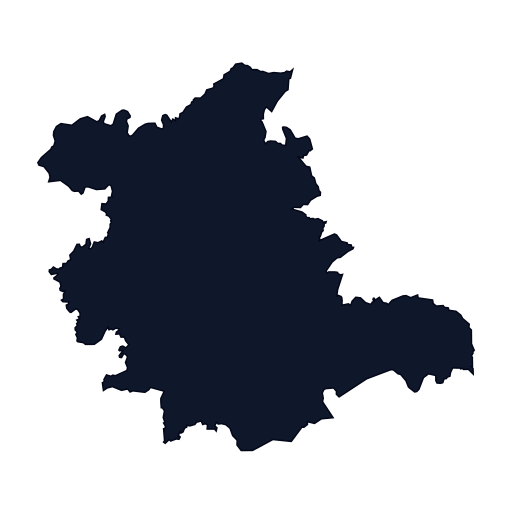 Jalostotitlán, Jalisco, Mexico (Albers equal-area conic projection), rotated 355°
{"feature_id": "50627088B48437195320512", "entity_name": "Jalostotitlán", "entity_type": "district", "adm_level": 2, "iso_a3": "MEX", "parent_name": "Mexico", "parent_adm1": "Jalisco", "projection": "albers", "projection_center": [-102.485, 21.201], "detail": "fine", "context": "isolated", "style": "filled", "palette": "ink", "viewbox_px": 512, "rotation_deg": 355, "n_neighbors": 0, "source": "geoboundaries", "source_scale": "gbopen_adm2", "svg_char_len": 6030}
<svg xmlns="http://www.w3.org/2000/svg" viewBox="0 0 512 512"><g transform="rotate(355 256 256)"><path d="M462.1,392.6L462.4,387.0L460.8,385.0L462.0,385.1L462.7,375.8L461.9,374.1L463.6,372.0L463.8,370.1L465.2,369.0L463.0,362.3L464.1,348.5L461.8,345.7L462.5,342.5L456.4,336.3L454.9,332.8L450.4,328.5L443.5,326.9L443.0,324.4L439.3,323.6L438.1,321.7L431.3,321.6L428.4,318.8L428.1,315.2L413.9,311.9L413.6,308.9L406.5,311.0L402.0,308.5L398.8,308.6L387.7,312.0L383.6,315.9L381.9,314.4L378.6,313.6L375.3,307.9L370.8,310.3L370.1,308.4L369.3,308.3L368.7,309.5L369.5,311.7L367.8,312.1L366.6,313.9L365.1,313.8L361.1,312.0L356.5,306.8L351.8,305.8L347.8,309.4L346.0,313.5L343.9,311.7L337.3,312.5L338.0,307.2L337.3,306.5L338.0,305.5L337.3,303.8L334.3,302.3L333.0,302.7L334.5,296.3L340.6,281.9L338.8,282.2L336.3,280.9L335.8,279.4L333.4,278.8L326.9,278.2L325.3,279.0L324.3,277.3L331.3,268.7L336.6,264.9L339.9,264.7L348.1,259.4L353.2,257.3L353.9,255.9L352.3,255.8L351.7,253.2L348.5,252.7L347.9,250.8L342.4,249.0L338.1,242.0L336.1,240.9L319.5,246.5L321.1,245.4L320.6,242.3L321.7,242.3L323.5,237.9L325.1,236.6L325.0,234.0L326.4,232.3L326.8,229.2L328.3,229.3L328.9,227.9L325.6,228.2L325.3,226.8L320.9,224.1L317.7,224.6L316.3,223.6L312.3,223.5L312.3,222.4L310.1,222.2L309.1,220.6L309.3,219.4L305.7,216.2L295.6,212.3L298.4,210.8L304.5,211.6L307.6,208.7L311.9,209.3L315.2,205.2L321.9,201.8L325.3,201.2L325.8,198.1L324.4,196.3L324.0,192.4L321.9,189.2L320.9,183.3L318.4,181.0L317.3,172.1L313.7,171.0L306.9,161.3L311.3,162.5L312.3,159.9L315.1,159.9L318.0,155.7L319.1,155.9L321.5,154.3L319.7,144.2L317.3,141.0L308.4,142.9L305.3,142.1L301.1,133.3L297.6,130.5L294.4,129.8L293.7,130.1L293.7,132.1L296.6,141.5L295.2,148.4L291.9,147.9L290.0,145.9L287.5,145.8L285.4,143.5L280.4,142.7L277.7,143.0L275.2,145.2L273.7,141.2L275.3,138.7L276.8,132.8L273.7,122.9L272.9,122.7L272.7,120.1L275.3,119.9L275.7,115.1L277.2,110.8L279.4,108.4L284.2,113.5L290.7,103.6L299.4,94.6L302.4,93.1L304.1,82.4L305.8,81.9L308.8,73.4L306.0,75.5L302.6,74.5L300.4,75.8L296.4,76.0L289.6,74.8L284.4,75.3L278.9,72.7L276.6,72.7L273.3,70.4L268.2,70.0L266.6,67.4L264.2,65.6L261.4,65.1L258.7,62.6L252.4,63.1L249.6,66.4L247.5,67.3L246.4,69.7L240.0,72.7L239.0,76.6L228.9,81.0L229.1,82.8L228.0,84.9L221.4,86.2L219.2,90.3L214.5,93.9L209.2,93.3L207.2,95.0L206.9,96.7L205.3,97.0L204.4,99.5L199.7,101.5L195.7,106.6L192.7,107.7L191.7,111.9L190.2,112.3L187.9,111.3L187.6,114.3L185.1,112.3L183.3,115.1L179.4,107.9L177.9,107.2L175.4,108.0L173.8,112.4L175.3,117.1L175.0,120.3L173.5,121.4L168.4,119.0L166.9,114.9L160.3,114.5L157.1,115.0L150.1,118.4L143.5,124.9L141.7,125.7L140.0,125.1L138.4,122.0L140.0,115.3L138.6,110.4L139.5,108.1L142.5,107.0L142.9,105.4L140.6,100.9L137.2,99.1L135.3,99.1L129.2,102.5L125.2,112.2L122.8,113.6L116.1,110.9L115.6,108.7L117.9,103.9L117.6,101.7L114.4,103.0L111.6,107.5L109.1,108.4L100.3,102.5L92.9,104.0L84.0,109.7L73.2,107.1L68.5,109.6L65.4,114.4L64.7,118.1L66.0,124.0L64.1,128.8L62.2,129.5L60.8,131.9L50.8,139.2L46.8,144.0L47.7,146.6L52.5,148.4L57.2,155.6L57.7,159.8L55.9,164.0L67.8,163.6L75.6,170.3L78.6,174.7L80.5,175.7L85.0,175.9L87.3,179.2L89.1,178.2L91.8,172.3L95.1,172.6L102.9,175.9L111.2,176.0L115.7,172.0L117.8,173.5L118.7,179.1L117.4,183.1L118.0,184.7L114.1,184.7L113.6,188.4L111.2,191.1L107.1,190.4L105.8,196.3L109.9,199.0L110.9,201.1L110.4,202.2L112.8,203.4L115.1,206.7L114.3,208.1L114.8,210.3L113.5,211.5L113.2,214.8L110.2,220.0L110.9,220.8L109.5,224.5L107.5,224.3L104.9,229.0L103.7,227.5L99.8,229.0L96.1,227.9L93.5,233.3L91.4,234.5L90.0,233.7L92.3,229.5L91.3,224.1L88.7,224.7L87.6,229.5L83.8,232.0L81.9,231.6L81.0,228.9L78.7,228.8L74.8,235.3L70.6,238.9L71.1,243.5L68.2,244.6L66.6,246.9L63.1,246.7L62.3,250.4L59.5,251.0L59.2,251.9L56.1,251.5L53.2,249.3L50.9,251.5L49.0,251.8L48.6,253.5L50.5,256.6L56.2,255.9L57.0,256.5L55.9,258.2L52.8,260.1L52.7,261.2L58.4,264.9L59.1,268.9L57.7,271.4L58.0,273.2L60.6,274.5L62.9,274.2L60.8,277.4L60.5,282.0L58.3,283.0L59.6,284.7L65.8,285.6L64.8,287.6L62.7,288.4L62.9,291.6L65.5,295.5L66.8,296.1L71.6,293.1L73.4,293.4L75.7,297.3L75.6,300.6L73.6,301.0L74.7,303.2L71.8,304.2L73.2,306.3L71.4,307.7L72.0,309.6L69.5,311.8L69.5,314.0L71.4,316.1L69.7,318.5L71.0,322.0L70.2,325.0L71.0,325.9L76.5,327.3L78.4,329.2L87.2,329.9L94.8,325.4L99.2,317.6L102.4,314.0L103.1,316.7L105.3,316.0L107.0,317.1L110.0,315.7L113.3,316.6L113.0,317.9L110.2,319.7L109.6,321.7L113.3,321.7L114.4,325.0L117.8,325.4L118.8,329.1L121.6,333.3L118.4,336.2L115.4,334.1L113.0,334.6L111.2,337.7L111.7,338.5L115.3,338.6L111.0,343.3L111.3,345.0L113.2,345.5L115.6,342.0L117.3,342.3L119.3,345.2L116.7,350.7L118.3,355.9L117.4,358.8L105.6,363.0L102.8,362.2L101.1,363.2L96.7,361.4L93.8,365.7L93.8,368.0L91.9,368.9L92.3,376.7L96.2,374.5L101.6,373.6L110.3,378.1L116.6,377.3L118.7,380.5L121.6,379.6L133.4,382.1L137.4,380.0L139.4,377.7L152.8,382.7L148.8,389.6L148.5,393.4L148.4,398.9L149.6,399.1L151.3,402.3L149.5,408.8L150.7,413.7L149.4,414.3L151.0,417.8L150.1,420.0L148.9,420.0L148.8,432.2L147.7,433.3L149.2,434.7L153.4,431.4L154.9,432.9L160.6,431.3L163.3,431.9L164.7,429.7L164.3,429.1L163.4,429.9L162.9,428.8L164.1,425.8L165.4,424.2L165.8,425.9L168.0,424.9L169.8,421.3L172.1,420.4L172.3,418.6L175.3,419.5L180.4,418.5L182.3,416.4L187.1,415.6L188.2,419.2L191.1,418.7L193.0,420.1L192.2,424.1L199.6,424.8L201.1,426.9L202.1,423.7L200.1,421.6L202.0,418.3L203.7,420.1L207.1,420.0L211.2,421.4L215.1,425.3L217.1,432.9L221.2,437.9L220.6,442.6L224.3,448.5L235.6,449.4L256.8,440.3L275.0,443.8L286.8,430.5L288.8,430.8L292.6,428.3L292.7,425.5L299.7,427.9L307.0,423.9L318.7,423.8L309.6,407.0L310.6,403.5L310.1,398.2L311.9,395.1L313.9,394.2L321.8,394.2L324.4,397.8L324.0,400.7L326.5,403.6L355.5,388.0L380.3,381.0L382.9,381.4L387.3,385.8L389.7,386.5L394.5,393.3L396.5,399.9L402.2,405.3L404.4,405.0L406.7,403.0L412.2,391.8L417.6,388.4L424.7,390.7L424.3,395.9L425.2,398.3L428.6,398.9L431.0,398.5L432.6,394.8L435.0,394.7L436.0,393.3L438.7,392.7L439.6,389.1L442.1,384.7L449.4,385.4L450.0,386.3L452.1,386.1L452.8,387.1L457.7,387.4L462.1,392.6Z" fill="#0f172a" stroke="#020617" stroke-width="1.5"/></g></svg>